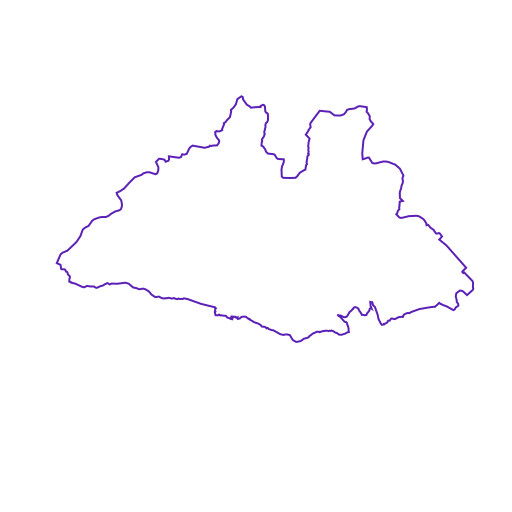 Paltinis, Caras-Severin, Romania (Albers equal-area conic projection), rotated 60°
{"feature_id": "2599482B25505724064349", "entity_name": "Paltinis", "entity_type": "district", "adm_level": 2, "iso_a3": "ROU", "parent_name": "Romania", "parent_adm1": "Caras-Severin", "projection": "albers", "projection_center": [22.135, 45.385], "detail": "fine", "context": "isolated", "style": "outline", "palette": "violet", "viewbox_px": 512, "rotation_deg": 60, "n_neighbors": 0, "source": "geoboundaries", "source_scale": "gbopen_adm2", "svg_char_len": 6107}
<svg xmlns="http://www.w3.org/2000/svg" viewBox="0 0 512 512"><g transform="rotate(60 256 256)"><path d="M162.6,432.1L165.9,429.7L169.8,431.2L170.4,430.9L171.6,428.7L172.4,428.1L174.5,428.3L175.0,427.7L175.9,427.5L178.0,428.1L180.4,427.4L181.6,427.9L182.6,429.1L184.8,430.5L186.6,429.0L186.9,429.2L189.6,426.3L196.2,421.7L197.2,420.4L197.4,417.4L199.6,414.6L201.3,411.7L203.3,410.6L204.0,409.7L204.4,405.5L205.0,403.6L204.9,401.0L205.2,398.2L207.6,396.7L207.6,395.0L210.7,390.0L213.8,382.5L216.3,380.1L221.9,378.1L223.9,375.7L226.1,374.1L227.0,372.5L227.5,370.7L228.2,369.6L230.2,368.0L233.3,366.4L237.2,365.8L241.2,363.8L242.7,360.3L245.3,358.7L246.4,357.5L247.4,355.6L247.4,355.1L247.9,354.5L248.6,352.4L250.8,350.2L251.4,348.1L252.5,347.5L252.6,347.1L254.0,345.9L254.1,344.4L254.8,344.0L256.6,340.9L256.6,339.6L259.2,336.7L270.0,327.5L279.8,317.3L280.3,317.0L281.2,317.0L281.1,317.6L283.0,318.8L283.9,318.9L284.1,319.3L283.8,319.5L283.9,319.8L287.1,320.6L287.9,319.4L288.3,318.3L289.3,316.8L288.5,317.4L288.4,317.2L289.7,316.5L289.8,315.9L291.0,314.6L292.1,312.9L293.2,311.8L294.0,311.9L295.1,311.5L296.7,310.0L297.6,309.6L298.9,308.2L297.9,307.1L296.9,308.4L296.1,307.5L298.5,304.1L298.9,303.9L299.1,304.3L299.6,304.0L299.6,303.5L300.2,303.1L300.1,302.6L301.4,303.2L302.0,301.4L301.5,299.0L302.0,297.6L303.5,295.2L305.8,294.3L307.1,293.3L307.2,293.6L312.7,290.5L315.0,288.4L316.7,287.2L318.7,286.3L319.3,286.4L320.3,286.0L321.4,284.2L322.1,283.6L323.5,283.1L323.3,282.9L323.9,282.5L324.2,281.8L325.4,281.6L327.4,280.0L329.1,278.1L335.8,274.1L338.1,271.7L338.5,270.1L339.6,268.1L341.5,266.2L346.1,266.2L347.6,265.9L350.6,264.1L352.0,259.8L351.6,255.9L352.6,252.2L352.5,250.4L352.0,249.6L352.0,248.4L351.6,245.7L352.0,242.1L351.9,241.4L352.9,239.7L353.8,239.1L353.9,238.7L353.7,238.2L354.2,237.5L354.3,236.2L354.8,234.8L355.3,234.2L355.2,233.6L356.4,231.6L357.4,230.6L357.5,229.6L358.4,228.5L358.4,227.7L360.5,226.2L361.6,225.9L363.2,224.4L365.6,223.4L366.9,221.5L367.8,217.7L367.8,215.2L368.3,213.6L366.8,213.1L365.1,212.1L363.1,211.5L361.1,211.3L359.6,210.7L358.3,211.0L357.6,211.9L356.7,212.3L351.2,213.4L349.0,214.5L348.4,214.7L348.2,214.4L349.2,213.6L349.9,212.4L351.6,211.5L353.4,209.8L353.6,209.4L353.8,208.0L353.8,207.4L351.3,202.9L351.0,200.7L350.2,198.7L350.4,198.3L349.8,197.5L349.6,196.4L349.9,195.6L351.1,194.5L352.9,193.6L354.3,194.0L357.8,193.6L359.9,193.8L360.6,192.6L361.7,191.4L362.3,190.0L361.1,188.3L360.2,185.5L358.6,183.9L358.4,182.6L359.3,182.2L356.5,181.7L352.9,180.0L353.9,179.0L354.1,178.5L357.4,179.2L359.7,178.5L368.0,180.1L371.7,181.4L377.1,181.7L378.4,181.5L379.3,179.5L378.8,179.1L379.2,178.0L379.2,175.8L378.9,175.0L378.3,174.4L378.1,173.9L378.8,172.5L377.9,170.6L377.9,169.9L378.1,169.4L379.5,168.2L380.0,167.4L380.2,166.5L380.1,165.9L380.4,162.6L381.6,160.1L382.2,159.4L382.0,158.8L381.2,158.3L380.7,156.8L380.9,154.2L381.4,152.6L382.2,151.8L382.1,149.7L383.7,140.9L387.4,130.9L388.9,127.3L389.5,126.5L388.2,120.7L390.3,120.1L389.4,120.1L391.4,119.0L394.9,116.1L401.6,112.1L401.6,110.7L400.5,108.9L400.2,105.6L398.5,104.8L396.1,105.1L394.4,104.2L390.8,103.2L388.4,101.1L387.9,96.6L388.9,95.4L390.1,94.4L395.4,92.8L393.7,85.1L392.8,84.1L391.5,83.8L387.9,81.5L386.1,81.0L374.4,83.9L374.4,85.0L372.9,85.3L372.4,84.5L371.3,79.9L342.0,85.8L333.4,89.1L332.1,85.1L328.3,85.6L327.7,86.0L326.9,88.4L326.2,88.9L321.9,89.2L318.8,90.7L315.3,91.3L314.9,91.5L314.6,92.9L312.8,92.2L309.2,92.3L307.6,92.7L303.8,94.6L302.7,95.4L301.3,97.1L298.6,102.4L298.0,103.5L296.0,110.3L295.1,112.0L293.9,112.7L290.0,113.6L289.8,112.7L287.8,110.4L287.1,108.4L285.4,107.7L284.3,106.6L283.4,106.3L282.3,105.2L280.9,104.5L280.8,104.1L281.7,101.3L277.8,102.4L272.7,99.6L269.7,96.3L267.9,94.8L265.9,92.2L264.4,91.2L261.8,90.3L260.1,88.1L252.3,87.7L246.6,89.7L240.9,94.2L239.1,96.3L237.7,98.8L235.7,106.0L234.6,107.8L233.4,108.8L227.2,109.0L226.6,110.1L226.2,112.7L225.6,115.2L220.3,112.7L209.5,105.1L203.7,97.7L201.4,90.5L200.4,88.5L198.7,88.7L197.4,89.2L194.4,89.2L191.8,87.6L188.4,87.6L186.4,88.1L184.6,86.7L182.5,85.7L178.0,91.3L177.5,93.2L177.6,96.7L175.4,102.0L175.0,104.1L176.3,106.3L177.2,108.8L176.9,111.5L176.1,113.5L173.4,117.8L168.0,120.0L162.1,128.2L168.1,142.3L169.1,143.3L171.8,144.3L173.1,147.4L173.6,147.7L175.8,152.2L181.1,150.9L183.5,153.3L187.3,156.1L188.3,156.2L190.5,157.8L192.1,158.3L193.3,159.6L193.5,159.3L194.7,159.6L195.0,160.2L195.3,161.5L200.4,165.5L201.9,165.9L202.3,167.1L205.9,170.1L205.7,171.9L205.8,176.5L207.7,180.8L208.0,182.7L205.9,186.8L202.1,193.1L201.0,193.8L200.0,193.9L193.9,190.7L191.3,188.5L189.2,185.7L187.6,184.3L186.1,183.6L183.1,188.3L181.7,189.1L177.5,189.2L176.4,190.2L173.2,194.5L170.5,195.2L168.4,194.7L164.7,195.1L163.2,196.1L160.3,194.1L159.7,193.2L158.6,192.9L157.7,192.1L156.7,189.8L154.7,187.4L153.6,187.3L152.6,186.7L149.2,183.4L147.1,182.3L145.8,180.8L145.7,179.4L144.2,177.6L139.8,175.1L138.6,174.7L137.8,174.9L136.9,175.6L135.4,175.6L130.9,173.5L129.4,173.6L128.5,174.4L128.4,178.1L128.2,178.2L129.0,178.1L127.2,181.3L125.0,186.2L123.2,186.7L120.3,188.3L114.0,188.9L111.8,188.0L110.4,188.8L110.8,193.7L114.5,197.5L116.0,200.7L116.7,203.2L116.9,204.6L118.5,205.3L122.7,209.1L124.0,213.7L124.8,215.3L124.9,217.5L125.9,217.7L129.1,221.9L130.1,222.3L129.9,225.0L128.9,226.9L128.0,227.7L128.3,229.5L129.2,229.6L130.4,230.5L131.9,230.7L134.4,230.7L136.9,230.2L138.1,230.3L139.8,232.1L140.7,234.5L138.9,237.9L138.3,239.8L137.4,240.8L137.9,241.8L136.6,246.4L128.7,255.7L128.9,258.6L129.7,260.3L132.9,264.9L132.4,267.3L131.0,269.1L132.8,271.4L132.4,273.6L126.1,281.6L128.9,283.0L129.7,284.2L129.2,287.1L126.8,287.1L124.9,289.1L123.3,291.3L124.5,295.6L129.9,296.1L130.8,296.4L133.2,298.0L135.0,300.2L135.0,302.1L130.1,306.5L128.8,309.0L128.1,312.4L128.5,314.5L127.2,321.6L129.2,329.1L131.6,336.5L131.9,340.8L131.6,345.1L134.3,345.6L140.4,344.9L143.9,346.1L145.7,347.1L147.8,349.4L148.1,351.3L147.0,355.9L147.0,360.7L147.5,363.5L147.2,366.4L145.1,370.1L144.1,373.1L143.3,377.8L143.6,380.3L146.2,385.9L146.0,389.8L146.5,392.8L150.9,398.0L154.1,404.4L157.1,416.7L156.4,421.9L157.0,424.6L162.6,432.1Z" fill="none" stroke="#5b21b6" stroke-width="2"/></g></svg>